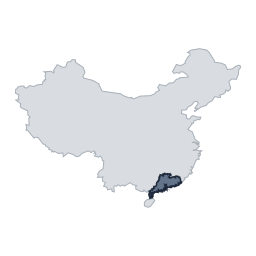 China, with Guangdong highlighted
{"feature_id": "CHN-1180", "entity_name": "Guangdong", "entity_type": "Province", "adm_level": 1, "iso_a3": "CHN", "parent_name": "China", "parent_adm1": "", "projection": "albers", "projection_center": [112.97, 22.878], "detail": "fine", "context": "in_parent", "style": "filled", "palette": "slate", "viewbox_px": 256, "rotation_deg": 0, "n_neighbors": 0, "source": "natural_earth", "source_scale": "10m", "svg_char_len": 9131}
<svg xmlns="http://www.w3.org/2000/svg" viewBox="0 0 256 256"><path d="M141.6,191.7L136.0,189.3L135.6,186.8L136.7,185.6L132.7,184.7L130.3,182.6L124.4,186.1L123.1,184.9L120.2,186.2L118.1,184.7L116.5,186.3L114.7,185.7L113.8,186.7L114.3,191.9L112.2,191.5L111.7,188.9L107.6,189.8L106.8,187.2L103.6,186.3L105.4,182.7L102.7,181.3L102.3,177.9L103.0,177.0L97.5,177.4L98.3,176.0L97.7,174.0L99.3,171.2L103.1,168.8L103.8,160.8L102.4,160.7L101.8,157.9L100.2,156.1L98.6,157.2L94.4,155.9L95.9,154.4L95.4,153.0L94.1,153.4L95.2,152.0L94.0,150.9L91.1,152.5L88.1,150.9L82.1,153.3L79.3,156.1L76.3,156.7L73.6,154.7L68.1,152.8L63.3,156.7L62.8,152.9L58.5,153.5L54.6,151.4L53.6,152.1L52.6,151.0L51.9,151.9L50.9,149.9L48.7,149.3L49.1,148.1L45.6,145.9L45.3,144.4L43.2,144.1L38.1,137.6L35.6,137.1L34.1,138.2L27.5,130.2L26.1,130.3L26.7,127.3L25.9,124.5L29.1,125.3L28.8,118.1L30.1,117.0L27.8,114.8L27.7,110.9L21.0,107.7L20.3,106.4L20.7,103.7L15.8,100.1L18.8,99.7L18.2,98.6L18.9,95.0L15.4,93.1L15.7,89.3L16.9,89.0L17.7,87.1L21.3,86.0L24.1,86.1L24.2,87.6L26.6,88.0L29.5,85.6L34.0,86.5L36.7,85.0L42.6,84.2L42.9,81.4L44.5,80.9L44.1,80.0L45.7,79.8L45.0,75.5L46.0,73.0L44.0,71.8L50.9,71.3L53.7,72.9L54.2,71.7L53.3,70.8L57.2,64.7L63.1,67.4L65.7,66.9L67.4,62.0L70.6,61.6L72.1,59.6L75.4,59.8L75.6,62.4L83.1,67.3L85.0,72.3L83.0,76.5L83.6,78.0L92.9,80.4L99.2,84.1L99.0,85.1L102.2,91.2L120.9,93.8L123.3,95.6L128.9,97.8L131.9,97.4L131.8,98.4L133.6,98.8L140.4,96.1L150.0,95.7L153.9,94.3L156.2,91.9L159.6,90.3L157.7,87.5L159.5,84.5L165.7,85.9L169.2,83.1L173.3,82.8L176.4,79.2L179.1,78.8L179.5,77.8L188.2,77.1L187.5,75.2L183.1,71.9L180.5,71.9L179.0,73.4L176.9,72.5L173.9,73.4L172.5,71.5L176.4,64.5L180.6,65.7L185.4,63.2L185.0,61.9L187.9,57.0L190.2,54.9L189.7,53.1L187.6,52.6L190.7,50.2L199.6,48.7L206.6,50.0L209.2,52.5L214.3,60.6L214.4,62.2L221.3,63.2L225.3,64.9L227.4,69.5L232.6,68.8L234.8,66.8L238.6,65.2L240.0,65.5L240.6,67.6L238.8,69.6L238.4,74.2L236.4,79.3L231.7,79.0L228.8,81.5L230.6,87.6L230.2,89.8L227.9,90.8L228.4,91.6L225.8,89.9L225.4,92.3L222.7,94.4L219.5,95.0L220.6,96.6L220.1,97.6L214.7,96.7L212.3,100.5L208.3,102.8L206.2,105.4L200.9,107.2L194.7,111.5L194.5,110.6L196.6,109.7L197.1,108.4L195.0,108.5L194.9,107.8L198.4,103.3L196.7,101.3L194.2,101.8L191.8,104.9L187.8,107.2L186.3,109.8L181.8,110.2L181.4,113.4L186.4,115.0L186.6,118.2L187.9,119.0L189.7,118.8L191.5,116.4L193.4,115.6L196.9,117.1L200.9,117.1L199.8,119.8L198.2,119.3L193.9,121.0L193.3,123.3L191.6,123.1L192.0,124.1L187.8,129.4L192.3,131.9L195.0,139.2L199.2,142.5L198.9,143.4L193.8,141.8L191.9,142.7L194.6,142.3L199.4,146.3L195.8,149.7L193.9,149.8L192.9,150.5L197.3,150.0L200.8,151.8L198.5,153.7L200.4,153.6L200.3,155.3L198.4,155.4L199.4,156.2L198.6,157.7L199.2,159.3L197.3,159.2L195.7,160.8L193.1,167.4L191.2,166.7L192.5,168.8L190.8,170.2L189.4,169.9L191.5,170.4L191.6,173.3L189.7,173.1L190.2,174.1L188.9,174.2L187.7,177.0L184.2,177.9L185.2,178.9L182.3,182.1L180.4,181.9L178.5,185.2L168.0,187.4L165.8,184.6L165.0,185.5L166.0,188.7L164.0,188.8L161.8,190.8L160.8,189.9L160.5,191.0L159.0,190.5L157.5,191.8L152.3,192.8L151.1,194.6L152.6,196.7L151.9,197.7L149.9,197.3L148.9,194.7L150.2,192.1L148.6,191.1L146.8,192.3L143.9,190.0L144.0,191.2L141.6,191.7ZM153.2,198.5L154.8,200.7L150.5,206.3L148.0,207.3L144.4,205.8L144.4,202.2L147.1,199.5L153.2,198.5ZM199.4,144.3L198.0,144.2L196.7,143.0L197.7,143.2L199.4,144.3ZM201.5,150.8L200.5,151.2L200.2,150.6L201.5,150.8ZM192.5,172.3L192.0,173.1L192.0,172.1L192.5,172.3ZM151.7,194.4L152.7,194.0L152.6,194.6L151.7,194.4Z" fill="#d9dde1" stroke="#a8b0b8" stroke-width="1"/><path d="M169.7,186.9L168.1,187.4L167.7,187.3L167.4,187.7L167.3,187.4L167.1,187.0L166.8,186.3L166.4,186.2L166.2,185.6L166.2,185.8L166.2,185.6L166.3,184.9L166.1,185.5L166.2,184.9L166.1,185.4L166.1,185.0L165.9,185.2L165.9,184.8L166.6,184.5L167.1,184.5L166.6,184.4L165.8,184.8L165.4,184.7L165.7,185.0L165.7,185.5L164.5,185.6L165.1,185.6L165.7,186.2L165.5,186.3L165.2,186.2L166.2,187.1L165.9,187.7L166.0,188.0L166.1,188.4L166.1,188.7L165.7,189.1L164.8,188.1L164.3,187.1L164.3,187.5L165.3,189.0L164.9,188.9L164.7,189.3L164.6,189.5L164.3,189.7L164.0,189.3L164.0,188.8L163.9,188.8L163.8,189.2L163.7,189.2L163.7,190.0L163.2,190.5L162.8,190.0L162.0,190.5L161.9,190.9L161.6,190.9L161.1,190.5L161.0,190.3L161.4,190.0L160.9,190.0L161.0,189.5L160.8,189.9L161.0,190.7L160.8,191.1L160.5,191.2L160.0,191.0L160.1,190.5L159.3,190.7L159.2,190.6L159.4,190.3L159.1,190.6L158.7,190.1L158.8,190.7L159.2,190.9L158.6,191.3L158.7,191.2L158.5,190.9L158.4,191.0L157.8,190.8L158.2,191.1L158.3,191.3L158.1,191.5L158.3,191.6L158.0,191.5L157.6,192.0L157.4,191.7L157.4,192.0L156.9,192.1L156.7,191.6L156.6,191.8L156.8,192.0L156.4,191.9L156.6,192.0L156.0,192.4L156.2,192.1L155.7,192.0L155.8,192.1L155.2,192.2L155.4,192.1L155.0,191.9L154.8,192.0L154.8,192.4L155.0,192.2L154.8,192.4L154.3,192.6L153.8,192.6L153.3,193.2L153.4,192.8L153.2,192.7L153.8,192.5L153.8,192.3L153.2,192.6L153.2,193.3L152.6,193.4L152.3,193.5L152.3,193.1L152.6,193.1L152.4,193.0L152.6,192.8L152.4,193.0L152.4,192.5L152.2,192.6L152.1,192.4L152.2,192.9L151.9,192.8L152.2,193.3L152.2,193.6L151.4,194.3L151.3,194.0L151.1,194.4L151.1,195.1L152.0,195.1L152.2,195.6L151.9,195.2L151.7,196.0L151.8,195.9L151.8,196.1L152.0,196.1L152.2,196.3L152.5,196.4L152.7,196.9L152.2,197.7L151.6,197.9L151.4,197.8L150.9,197.9L150.5,197.6L150.0,197.9L150.1,197.5L149.8,197.1L150.0,197.0L150.3,197.4L150.4,197.0L150.2,196.8L150.1,196.7L150.0,197.0L149.9,196.7L149.6,196.6L149.7,196.2L149.6,196.4L149.5,196.1L149.3,196.1L149.3,195.9L149.8,195.7L149.5,195.8L149.4,195.0L149.2,195.0L149.3,195.2L149.1,195.1L148.9,194.7L149.2,194.2L149.0,193.8L149.2,193.5L149.4,193.6L149.5,193.3L149.4,192.7L149.5,192.8L150.1,192.7L150.3,192.2L150.1,192.2L149.8,192.0L149.7,192.2L149.6,191.7L149.4,191.6L149.4,191.3L149.7,191.4L150.1,191.2L150.4,190.3L151.0,190.2L152.1,190.2L152.0,188.8L152.3,188.8L152.6,189.0L152.9,188.9L153.3,188.9L153.5,188.4L153.9,188.4L153.6,188.0L153.5,187.5L153.8,187.0L154.6,186.9L154.7,186.7L155.0,186.7L155.3,186.4L155.1,186.3L155.8,186.2L156.4,185.5L156.7,184.8L156.5,184.5L156.5,183.4L157.0,182.2L157.7,181.9L157.6,181.5L157.8,181.1L158.4,181.1L158.5,180.8L158.9,180.4L158.7,179.3L159.5,178.8L159.2,178.2L159.3,177.8L159.0,177.5L159.0,177.1L159.7,176.6L159.9,176.7L160.0,176.2L159.8,176.0L160.1,174.8L162.0,175.1L162.4,175.7L162.9,176.0L163.5,175.9L163.4,174.9L163.7,174.7L163.1,174.6L162.9,174.2L163.2,174.2L164.5,173.4L164.8,173.3L165.1,173.7L165.4,173.9L165.8,173.9L166.0,174.2L166.5,174.0L166.9,174.1L167.3,173.7L167.9,173.7L167.9,174.5L168.3,174.3L169.0,174.3L169.6,173.9L170.1,173.7L170.3,174.1L170.8,174.4L170.7,174.9L170.9,175.1L169.6,175.8L169.2,176.8L168.6,177.2L169.4,177.7L169.6,178.0L170.6,177.6L170.8,177.8L171.1,177.4L171.5,177.6L171.8,177.2L172.3,177.0L172.7,177.1L173.2,176.8L173.5,176.8L173.9,176.7L175.0,177.7L175.5,177.7L175.3,176.5L175.5,176.2L175.9,176.2L176.5,176.1L176.8,176.3L177.4,176.3L177.5,176.5L177.9,176.3L178.6,177.4L179.2,177.1L179.6,177.1L179.6,177.7L180.2,178.4L180.5,179.2L180.4,179.8L180.9,181.4L181.5,182.0L181.1,182.3L181.0,181.8L180.5,182.0L180.4,181.8L180.2,182.0L180.2,182.8L179.8,183.3L179.3,183.3L178.7,183.0L178.9,183.4L179.7,183.4L180.0,183.8L179.9,183.9L179.5,183.6L179.4,183.6L179.6,183.8L179.3,184.2L179.1,183.8L178.7,183.8L178.8,184.0L179.1,183.9L178.8,184.4L178.9,184.8L178.7,185.2L178.2,185.3L177.8,185.1L177.4,185.0L177.7,185.2L177.2,185.7L176.9,185.8L177.1,185.5L176.7,185.3L176.9,185.6L175.7,186.2L175.7,185.9L175.2,185.6L175.4,185.3L174.6,185.7L174.0,185.4L174.3,185.5L174.2,185.7L174.6,185.8L174.9,185.7L174.5,186.1L174.6,186.4L174.8,186.2L174.7,186.6L173.8,186.5L173.7,186.3L174.0,186.1L173.8,186.1L173.2,186.0L173.6,185.7L173.3,185.8L173.0,185.9L173.0,186.1L172.5,186.0L172.3,186.4L172.2,186.5L172.0,186.2L171.6,186.2L172.1,186.6L171.8,187.2L171.6,186.9L171.1,186.9L171.1,186.3L171.4,186.0L171.3,185.9L170.2,186.5L170.4,186.7L170.0,187.1L170.6,187.4L170.1,187.6L169.7,186.9ZM152.8,194.2L152.7,194.7L152.4,194.4L151.5,194.5L151.5,194.3L151.7,194.2L151.8,194.1L151.7,194.0L152.1,193.9L152.3,194.2L152.7,194.0L152.8,194.2ZM162.6,190.9L163.0,191.0L162.7,191.2L162.7,191.7L162.5,191.8L162.4,191.5L162.6,191.3L162.3,191.2L162.6,190.9ZM165.6,185.6L166.1,186.3L166.0,186.2L165.3,185.6L165.6,185.6ZM158.5,191.5L159.2,191.4L159.2,191.6L158.4,191.8L158.5,191.5ZM153.1,193.5L152.8,193.9L152.3,193.6L152.8,193.5L153.1,193.5ZM165.9,186.3L166.3,186.7L166.3,187.0L165.6,186.4L165.9,186.3ZM180.5,182.9L181.3,182.6L181.3,183.0L180.5,182.9ZM162.0,191.2L162.0,191.5L161.5,191.7L161.6,191.3L162.0,191.2ZM165.4,189.4L165.3,189.8L164.9,189.7L165.2,189.4L165.4,189.4ZM165.2,189.1L164.9,189.4L164.8,189.5L164.7,189.2L165.2,189.1ZM153.0,194.6L153.0,195.0L152.8,194.8L153.0,194.6ZM165.6,189.3L165.8,189.2L165.9,189.4L165.7,189.5L165.6,189.3ZM164.8,190.2L164.7,190.4L164.6,190.1L164.8,190.2ZM152.5,196.1L152.5,196.3L152.4,196.3L152.2,196.0L152.5,196.1ZM165.9,185.3L166.0,185.5L165.9,185.7L165.9,185.3ZM180.7,182.2L180.7,182.4L180.7,182.2ZM166.3,187.7L166.4,187.8L166.3,188.0L166.2,187.9L166.3,187.7ZM169.2,189.5L168.8,189.7L169.2,189.5ZM166.9,189.8L166.9,190.0L166.8,189.9L166.9,189.8Z" fill="#64748b" stroke="#1e293b" stroke-width="1.5"/></svg>